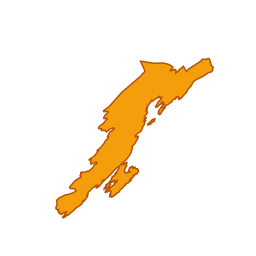 outline of Tranøy nor, Troms, Norway, rotated 323°
{"feature_id": "86288312B72673303782724", "entity_name": "Tranøy nor", "entity_type": "district", "adm_level": 2, "iso_a3": "NOR", "parent_name": "Norway", "parent_adm1": "Troms", "projection": "robinson", "projection_center": [17.384, 69.178], "detail": "fine", "context": "isolated", "style": "filled", "palette": "amber", "viewbox_px": 256, "rotation_deg": 323, "n_neighbors": 0, "source": "geoboundaries", "source_scale": "gbopen_adm2", "svg_char_len": 5914}
<svg xmlns="http://www.w3.org/2000/svg" viewBox="0 0 256 256"><g transform="rotate(323 128 128)"><path d="M178.2,82.2L175.9,92.6L175.0,93.1L171.4,93.6L170.3,94.1L144.6,95.8L125.4,99.6L118.8,99.5L118.6,100.5L121.2,102.0L121.9,103.4L117.8,103.9L114.7,105.1L114.4,105.8L114.7,106.2L117.1,107.7L117.0,108.1L111.8,109.3L106.0,109.5L104.6,110.1L104.3,110.7L104.7,111.6L106.4,112.6L105.3,114.1L107.7,115.6L108.3,116.7L108.4,118.1L113.2,118.0L116.8,119.3L116.7,120.1L114.1,120.6L111.1,120.3L106.5,122.5L107.2,123.1L106.1,124.0L101.4,124.9L100.0,125.8L95.8,126.7L95.2,127.2L90.1,127.3L89.8,127.4L90.8,128.1L90.7,128.4L87.7,129.2L83.9,130.1L78.5,129.7L77.2,130.3L78.9,130.2L79.6,130.9L77.4,133.0L76.7,133.9L76.7,134.6L82.1,136.0L82.3,136.4L82.1,137.5L78.6,137.2L76.4,138.5L71.6,138.9L67.6,137.5L64.7,135.9L64.6,135.3L63.5,135.3L63.5,135.9L62.9,135.9L62.9,136.7L60.9,137.3L61.0,138.7L60.4,139.0L57.5,138.4L54.0,138.3L47.2,139.6L45.5,140.4L45.5,141.7L48.7,144.3L49.1,145.1L48.8,145.4L49.1,145.9L48.1,147.1L45.1,146.7L40.2,145.1L37.5,143.7L31.2,142.5L28.3,142.6L27.3,143.2L26.0,145.3L26.0,145.9L22.7,148.0L22.1,148.8L21.8,149.8L22.8,150.4L22.5,151.1L23.2,151.0L23.3,151.6L22.5,152.1L22.3,153.4L21.7,153.6L21.8,154.3L22.1,154.3L22.8,156.0L22.3,156.0L22.7,156.9L22.3,157.1L26.4,156.9L27.4,157.8L28.6,157.4L28.1,157.8L28.4,158.1L26.3,158.2L26.2,158.5L27.1,158.7L25.9,159.0L26.1,159.4L23.4,159.5L24.5,159.8L24.6,160.0L23.2,159.7L21.5,160.1L23.6,160.4L23.1,161.0L24.4,161.0L24.1,161.2L25.4,160.9L27.9,161.3L27.5,161.5L36.3,161.0L37.0,160.6L43.4,160.9L46.2,160.5L46.4,160.4L46.1,160.1L48.1,159.0L49.3,159.4L48.8,159.8L49.2,160.0L49.6,159.8L49.5,159.4L52.1,159.2L54.3,158.3L54.8,157.9L53.5,158.1L57.6,155.3L60.6,155.2L62.1,154.6L67.8,154.7L67.3,155.0L68.0,155.2L67.8,155.6L69.5,155.6L68.1,155.9L68.4,156.0L67.9,156.4L68.5,156.1L69.1,156.3L67.9,156.6L67.7,156.7L68.2,156.9L67.7,157.1L69.3,157.4L69.9,156.9L69.6,156.3L70.6,156.2L70.1,156.5L71.6,156.8L70.7,157.2L70.9,157.2L71.8,156.6L74.5,156.1L75.2,155.7L75.3,155.1L74.9,155.0L76.9,154.5L77.2,154.8L76.0,155.8L84.5,154.9L93.1,153.2L98.1,153.0L98.3,153.4L96.4,154.1L96.4,154.7L95.7,155.2L91.2,156.5L92.0,156.8L91.6,157.3L90.0,157.3L88.2,158.0L87.5,157.9L87.4,157.5L86.2,157.5L85.1,158.0L84.8,158.8L84.3,158.5L83.6,158.9L82.9,159.8L82.9,159.5L82.1,160.0L80.8,159.6L80.1,160.5L76.3,160.1L75.5,161.0L76.6,161.1L76.5,161.4L73.3,161.5L72.3,162.3L74.5,162.4L73.2,163.4L74.2,163.0L74.8,163.3L75.0,163.6L74.6,164.1L75.0,164.2L78.2,163.3L78.2,162.8L80.3,162.5L80.3,162.0L79.8,162.0L81.0,161.1L83.2,161.8L84.4,161.2L85.1,161.3L84.9,161.7L85.7,162.3L84.8,163.1L87.7,163.4L87.0,164.0L80.7,165.1L80.6,164.7L79.4,165.0L78.5,164.6L77.3,164.9L77.3,165.4L76.3,165.2L76.5,164.6L76.1,164.2L74.0,164.4L71.3,165.0L71.7,165.1L71.1,165.7L71.3,165.9L70.8,166.0L73.8,165.8L74.4,166.3L74.1,166.5L75.4,166.4L75.3,166.8L75.9,167.4L75.6,167.8L76.2,168.5L74.0,169.8L73.8,170.2L74.1,170.5L72.9,171.0L73.2,171.5L72.2,171.9L73.3,172.3L73.3,173.3L74.2,173.1L74.4,173.6L78.0,173.4L78.1,173.8L79.8,173.3L81.2,173.6L80.9,173.7L82.6,173.6L85.3,172.6L88.4,172.5L89.5,171.9L91.5,172.2L92.3,171.7L92.1,171.4L93.2,171.3L95.2,172.0L98.2,171.0L98.5,171.3L96.9,171.7L98.2,171.8L99.3,171.3L98.8,171.1L99.2,170.8L98.4,170.6L99.9,169.9L101.8,170.3L103.8,169.9L103.7,169.1L104.7,169.1L104.8,169.4L106.4,169.4L106.7,169.5L106.5,169.9L107.2,170.0L109.9,169.2L110.2,168.9L110.1,168.3L111.0,167.8L110.8,167.3L111.0,166.3L109.6,164.9L110.0,163.7L108.1,163.4L108.7,162.8L108.3,162.3L108.8,162.0L108.5,161.3L106.3,162.0L107.2,161.6L106.7,161.4L106.9,160.9L105.4,160.8L103.2,162.1L102.8,163.5L103.5,164.9L101.9,163.8L101.9,163.2L99.4,163.0L98.8,161.9L99.2,161.2L99.0,160.7L100.2,159.2L102.1,158.0L103.9,157.7L104.1,157.5L103.7,157.1L106.3,155.1L106.2,154.7L105.0,154.8L104.7,154.2L102.7,154.4L102.8,154.2L102.2,153.9L102.4,153.5L102.1,153.4L101.4,153.6L100.5,153.4L100.3,152.9L107.9,152.2L115.0,149.9L118.0,147.5L119.3,147.0L119.7,145.4L124.2,144.5L129.8,142.2L131.0,140.9L130.4,140.6L130.6,140.4L128.8,139.8L128.6,139.2L129.1,138.6L130.2,138.7L131.1,138.0L136.0,138.4L137.2,138.1L140.6,135.9L143.1,135.0L143.9,134.4L144.0,133.8L146.2,132.9L144.9,131.9L146.8,131.5L146.5,131.2L146.9,131.0L147.6,131.3L148.4,130.9L146.9,130.4L147.3,129.5L152.9,127.4L153.2,126.9L152.8,126.4L152.7,125.8L153.3,125.5L152.9,125.4L153.5,125.0L153.2,124.6L155.2,123.9L154.6,123.4L156.4,122.9L156.8,122.6L156.5,122.1L157.0,122.0L160.7,121.3L163.7,120.1L163.4,121.2L171.6,121.6L171.2,122.1L171.7,122.1L171.4,122.6L172.7,123.0L173.5,123.9L172.0,124.0L172.0,124.5L170.2,125.2L168.6,125.0L162.9,127.5L162.9,128.5L164.2,128.7L169.6,128.2L169.3,128.5L169.9,128.5L171.2,127.8L171.2,128.2L170.2,128.7L171.4,129.4L169.4,130.2L169.7,130.7L169.6,131.0L170.7,131.1L170.5,132.7L169.4,133.1L168.2,132.8L167.5,132.3L168.0,131.7L168.0,131.3L167.7,131.2L163.1,132.6L161.8,133.5L162.1,134.0L161.0,134.6L161.3,135.1L160.3,135.6L161.3,135.6L161.5,136.4L163.4,136.1L165.5,134.7L166.1,135.1L167.3,134.5L169.0,134.4L167.7,134.1L168.7,133.6L169.7,133.7L169.8,134.0L170.1,133.8L169.8,133.7L170.6,133.1L172.3,132.8L173.9,133.3L177.8,133.2L178.3,133.5L180.5,132.7L182.2,132.8L183.1,133.3L184.1,133.1L183.8,133.0L184.3,132.4L185.5,132.4L187.0,133.3L186.3,134.4L186.8,135.0L185.9,135.8L187.8,136.2L196.4,134.6L199.1,133.2L203.5,132.4L207.9,130.5L210.5,130.3L219.8,132.0L225.0,132.1L228.4,133.3L230.2,133.0L231.0,131.8L232.3,131.0L232.7,130.1L232.1,128.4L233.8,124.2L234.5,121.7L234.3,121.1L230.9,119.6L228.5,117.8L226.3,118.4L211.4,117.4L208.6,118.1L209.4,112.1L204.3,112.2L202.2,112.9L199.3,112.7L201.1,110.8L201.1,110.0L199.9,109.5L200.0,108.7L195.5,107.9L200.6,106.2L199.0,102.0L195.2,97.2L187.9,92.1L178.2,82.2ZM152.8,136.0L146.5,136.7L146.0,137.0L146.4,137.4L146.1,137.7L148.7,138.2L148.6,138.5L150.3,138.2L151.5,137.5L150.9,138.1L152.2,138.0L152.5,138.4L153.1,138.4L153.1,138.1L154.5,137.4L154.4,137.1L154.9,136.8L152.8,136.0Z" fill="#f59e0b" stroke="#b45309" stroke-width="1.5"/></g></svg>